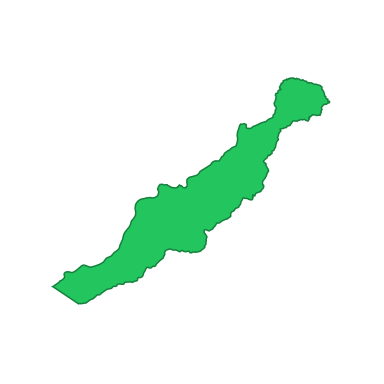 outline of Córdoba, Nariño, Colombia, rotated 110°
{"feature_id": "7082276B38923915219362", "entity_name": "Córdoba", "entity_type": "district", "adm_level": 2, "iso_a3": "COL", "parent_name": "Colombia", "parent_adm1": "Nariño", "projection": "mercator", "projection_center": [-77.448, 0.762], "detail": "fine", "context": "isolated", "style": "filled", "palette": "green", "viewbox_px": 384, "rotation_deg": 110, "n_neighbors": 0, "source": "geoboundaries", "source_scale": "gbopen_adm2", "svg_char_len": 5992}
<svg xmlns="http://www.w3.org/2000/svg" viewBox="0 0 384 384"><g transform="rotate(110 192 192)"><path d="M61.3,93.6L60.3,93.5L60.0,93.7L59.8,93.9L60.0,95.5L59.6,95.8L58.3,96.1L58.2,97.9L57.7,98.6L56.5,99.0L56.4,100.2L54.5,101.1L52.3,103.0L51.1,104.7L50.9,105.3L49.0,105.7L48.6,107.0L48.1,107.7L48.1,109.3L48.4,110.3L48.2,112.0L49.1,114.1L48.8,115.1L48.6,117.2L49.2,118.6L49.1,119.6L49.9,120.2L49.6,121.4L48.8,122.2L49.2,124.4L48.6,126.2L49.4,127.0L49.8,128.0L49.2,130.3L49.7,131.5L49.4,132.6L50.6,133.6L50.2,135.7L50.5,136.0L50.4,136.3L51.1,137.9L51.5,138.3L51.7,139.1L52.2,139.2L52.5,140.1L53.4,140.2L53.7,140.5L53.9,141.0L53.5,141.5L54.3,141.6L54.7,142.7L55.6,143.4L56.1,144.2L56.4,144.4L57.8,143.9L58.9,144.3L59.1,145.1L59.7,144.8L60.2,145.3L61.7,145.3L62.7,145.5L63.2,145.3L63.5,145.6L64.4,145.2L64.9,143.8L65.4,143.5L65.6,144.3L67.0,145.5L67.8,145.7L69.6,145.3L70.1,145.5L70.3,146.2L70.7,146.8L71.8,146.9L72.6,146.7L73.5,145.6L74.1,145.4L78.0,144.9L79.9,145.2L80.7,145.1L82.5,143.9L83.6,141.8L85.1,141.4L85.8,141.3L86.2,141.6L87.1,141.7L88.3,141.2L89.5,141.1L90.9,141.4L91.9,142.0L94.3,141.5L97.5,144.9L99.1,145.9L100.5,146.5L102.5,149.5L104.8,152.1L105.4,152.7L106.1,152.9L107.3,154.5L108.6,155.5L109.2,156.8L111.2,157.8L112.7,159.4L112.7,160.2L113.3,161.9L113.1,162.9L110.2,164.0L110.0,164.3L110.1,165.0L109.9,165.5L109.9,166.1L111.2,168.1L111.5,169.5L113.3,170.0L116.3,169.7L119.7,169.7L123.0,169.1L126.6,167.2L130.3,166.5L133.8,166.4L136.5,169.4L139.9,171.3L141.2,172.6L144.5,174.7L147.2,174.9L148.8,176.2L151.3,176.5L153.7,177.3L154.7,180.6L156.2,182.4L157.9,183.4L160.1,183.8L169.8,191.4L172.1,191.8L174.0,192.7L175.2,193.9L178.8,199.1L179.9,200.0L181.5,200.8L182.5,200.9L184.4,200.2L186.9,198.9L187.7,198.7L190.1,199.3L189.9,199.8L190.5,200.4L190.8,201.2L190.8,201.9L190.6,202.6L190.0,203.3L189.8,204.2L190.1,204.8L189.8,205.4L189.7,206.2L190.5,206.6L191.5,206.6L192.0,207.4L192.8,207.4L193.5,208.3L194.0,209.5L194.8,212.9L194.4,213.8L194.3,216.3L193.7,217.8L194.3,219.5L194.9,220.3L195.0,221.1L194.8,222.2L195.8,224.6L197.9,225.3L200.7,225.3L201.4,225.1L202.9,223.5L203.7,223.2L206.4,222.9L208.3,223.6L209.7,224.8L210.8,226.4L211.3,227.7L211.5,229.6L212.7,231.6L212.8,232.5L213.8,233.2L214.0,234.0L216.4,237.7L218.2,239.2L219.6,239.9L221.2,240.4L223.3,240.7L226.8,239.9L230.2,238.0L232.2,237.3L233.4,237.2L236.7,237.7L239.9,239.0L243.5,238.7L246.1,239.0L252.3,241.1L255.0,241.6L256.5,241.5L260.3,241.0L266.5,241.5L269.1,241.2L270.7,241.4L273.0,242.6L275.6,244.5L278.1,245.3L280.0,246.2L283.3,249.7L285.4,250.5L288.1,251.2L291.4,253.9L294.5,257.5L297.1,261.2L297.5,262.3L297.5,267.3L297.6,268.5L298.2,269.6L299.0,270.4L304.6,273.5L307.3,275.4L308.6,276.9L309.0,278.2L309.1,280.1L309.7,282.1L310.8,283.6L312.2,284.2L313.5,283.9L314.5,283.1L315.7,282.6L317.3,283.0L319.7,284.4L320.8,285.7L322.1,286.0L323.2,286.6L327.0,289.4L328.1,289.9L328.5,290.5L335.9,260.3L335.3,259.6L334.9,258.0L332.4,253.5L328.7,251.2L327.0,249.6L326.4,248.6L323.2,246.8L321.8,246.2L321.0,245.7L320.8,244.9L320.0,243.4L318.8,242.9L315.8,241.0L312.4,238.5L310.1,234.7L308.2,234.0L307.4,233.3L306.8,231.5L306.3,230.8L304.1,230.3L303.6,229.6L302.3,225.3L301.9,224.7L301.1,224.4L299.8,224.2L299.5,223.7L297.5,219.0L297.3,218.1L297.4,217.3L296.7,216.4L295.3,215.4L294.8,214.1L294.2,213.4L293.4,213.1L291.5,213.5L290.9,213.3L290.6,212.9L290.4,211.8L289.8,210.9L288.9,210.1L288.1,209.6L286.0,209.5L284.8,209.8L281.8,209.1L279.8,209.1L278.7,208.8L277.9,208.1L278.0,206.1L277.6,204.9L276.9,204.2L275.3,203.5L274.8,202.6L274.9,202.0L274.2,201.2L273.6,200.9L272.6,201.0L270.8,200.3L267.2,198.6L263.9,196.5L262.7,196.6L260.2,196.2L258.5,196.9L257.2,197.0L256.0,196.7L255.0,195.9L253.6,194.0L252.8,192.4L253.1,190.1L252.2,187.9L252.0,186.2L252.4,183.1L251.9,182.5L251.0,182.2L250.4,181.5L250.2,180.8L250.6,180.0L250.5,178.3L250.1,177.1L248.9,175.3L248.9,174.3L249.7,173.0L249.6,172.4L249.4,171.8L247.9,170.3L247.5,168.5L246.6,166.6L245.7,165.1L244.4,163.6L243.1,163.1L241.1,161.7L239.8,161.1L239.4,161.1L239.1,161.6L238.6,161.7L236.6,161.1L235.7,161.2L234.4,161.8L233.4,161.7L231.9,162.5L229.0,162.6L226.9,165.1L226.1,166.6L223.7,167.6L222.6,166.1L222.8,163.2L222.4,162.2L221.4,161.7L220.4,160.4L219.2,159.8L217.8,159.6L217.0,159.0L212.4,157.9L212.1,156.3L211.7,155.7L208.9,153.9L206.1,151.0L205.2,149.5L204.2,149.1L202.5,147.7L201.9,147.6L201.5,147.3L198.9,148.3L197.3,148.0L195.2,146.1L192.5,145.5L190.5,143.0L189.4,143.0L186.6,142.2L184.6,142.6L181.8,142.1L180.5,142.2L180.1,141.7L179.7,139.3L179.3,138.6L179.2,137.2L179.5,136.4L179.4,134.8L179.3,134.0L178.7,132.9L178.3,132.6L176.4,133.1L176.0,132.8L174.9,133.7L174.0,133.8L173.8,133.5L174.3,132.8L174.2,131.7L173.3,131.6L172.7,131.8L170.9,131.2L169.2,129.0L168.5,128.5L168.2,127.7L165.3,127.0L164.4,126.5L163.3,126.3L161.5,126.7L160.8,127.8L161.0,128.1L160.5,128.5L157.9,129.2L156.9,129.0L153.9,128.0L153.0,128.1L152.0,127.7L147.7,127.8L146.9,127.3L146.1,127.2L144.8,128.0L141.8,131.6L141.0,132.0L140.4,131.9L140.5,132.5L139.7,133.2L139.4,134.7L139.0,134.9L138.6,135.4L137.1,134.9L134.2,133.2L131.5,133.0L131.4,132.0L131.0,131.9L130.6,131.2L129.7,131.1L129.0,130.3L128.1,130.0L127.5,130.4L126.4,130.8L125.9,130.5L125.4,129.7L124.6,129.3L120.7,128.9L119.2,129.4L117.5,129.4L116.4,129.6L115.2,129.4L113.4,128.7L112.5,129.1L111.5,130.4L109.7,130.0L108.5,130.4L107.0,130.2L106.4,130.4L104.6,129.4L103.9,129.6L102.9,130.7L102.5,130.7L102.2,129.8L101.4,128.7L101.0,127.8L99.7,126.6L99.4,125.6L98.7,125.2L97.3,124.9L96.8,123.8L95.8,122.6L94.4,122.5L93.6,122.0L92.9,122.0L91.2,121.5L90.4,121.0L90.1,119.4L89.3,117.1L88.1,116.3L87.7,115.4L86.6,114.5L86.5,112.9L85.4,111.4L85.4,110.6L85.8,109.4L85.6,107.3L85.2,107.0L84.1,107.0L83.3,106.7L82.7,107.5L82.1,107.7L81.7,107.5L81.6,106.8L80.9,107.0L80.2,106.1L78.2,105.3L78.3,104.5L77.5,103.4L77.4,102.1L77.6,101.2L76.9,100.1L76.0,97.9L75.4,97.7L74.3,98.1L72.9,97.8L71.5,98.4L70.1,98.0L69.2,98.8L67.9,99.3L64.7,98.0L64.1,97.0L63.8,96.1L63.2,95.5L61.9,94.7L61.3,93.6Z" fill="#22c55e" stroke="#15803d" stroke-width="1.5"/></g></svg>